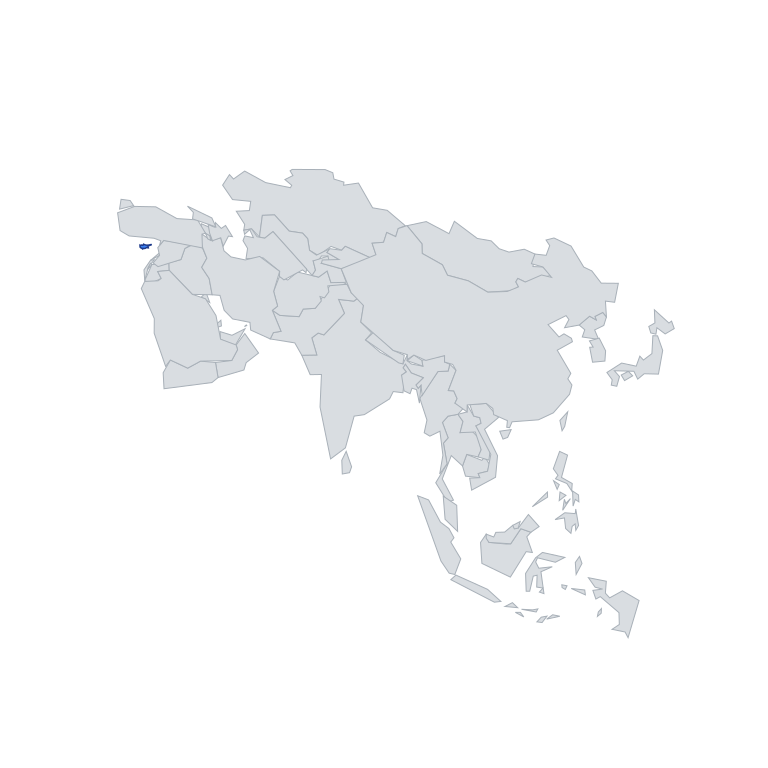 location of Cyprus within Asia, rotated 14°
{"feature_id": "CYP", "entity_name": "Cyprus", "entity_type": "country or territory", "adm_level": 0, "iso_a3": "CYP", "parent_name": "Asia", "parent_adm1": "", "projection": "robinson", "projection_center": [33.299, 35.116], "detail": "fine", "context": "in_parent", "style": "filled", "palette": "blue", "viewbox_px": 768, "rotation_deg": 14, "n_neighbors": 45, "source": "natural_earth", "source_scale": "50m", "svg_char_len": 13633}
<svg xmlns="http://www.w3.org/2000/svg" viewBox="0 0 768 768"><g transform="rotate(14 384 384)"><path d="M366.4,225.3L360.2,229.7L359.7,238.2L350.0,236.3L349.3,246.6L338.4,250.3L344.9,260.5L343.0,265.4L313.1,259.8L310.5,264.5L299.3,263.3L289.1,275.2L279.4,272.3L274.8,261.5L268.5,257.3L255.0,258.6L236.9,246.4L225.2,249.8L227.6,271.5L218.0,265.5L210.7,268.7L210.2,262.8L198.9,252.1L211.4,248.3L210.5,239.0L192.4,241.7L179.3,230.1L183.4,218.2L188.4,221.5L197.3,211.1L220.4,217.2L245.7,216.2L246.4,213.5L238.4,209.6L245.2,203.8L241.3,199.9L243.0,198.0L275.0,190.2L283.2,191.4L285.9,197.3L296.3,197.8L296.7,200.9L310.6,195.2L330.3,215.8L345.1,214.7L366.4,225.3Z" fill="#d9dde1" stroke="#a8b0b8" stroke-width="1"/><path d="M227.6,271.5L225.2,249.8L236.9,246.4L255.0,258.6L268.5,257.3L274.8,261.5L279.4,272.3L287.3,275.3L298.7,265.8L296.8,270.2L310.2,274.1L304.8,278.3L299.0,277.9L298.6,273.5L292.4,274.9L289.6,281.9L285.5,281.7L290.0,290.1L288.0,296.1L239.4,263.0L233.0,271.4L227.6,271.5Z" fill="#d9dde1" stroke="#a8b0b8" stroke-width="1"/><path d="M683.9,532.4L682.2,571.1L677.9,566.3L664.6,566.9L670.5,560.4L667.3,549.0L645.3,538.0L641.6,541.4L636.6,533.7L645.7,530.1L638.0,530.1L629.2,522.5L647.4,521.6L649.4,533.4L654.7,536.9L665.4,527.0L683.9,532.4ZM598.3,569.8L595.1,577.2L589.9,577.8L593.0,572.2L598.3,569.8ZM647.3,557.9L647.1,553.4L649.3,549.3L650.2,553.9L647.3,557.9ZM562.4,492.3L559.5,497.7L568.7,511.6L562.5,512.3L553.3,540.8L522.4,534.4L516.0,514.4L519.5,505.0L524.1,512.3L541.4,509.7L545.6,508.4L551.8,491.3L562.4,492.3ZM615.1,537.1L628.6,535.3L630.4,539.9L615.1,537.1ZM609.6,539.5L606.0,538.4L605.1,535.8L610.4,535.5L609.6,539.5ZM615.4,504.0L619.5,510.2L616.5,522.3L612.8,510.9L615.4,504.0ZM578.5,509.1L601.4,508.5L593.4,515.5L575.0,515.5L574.2,520.0L578.8,525.3L591.5,520.6L581.7,528.2L589.9,548.7L585.1,548.3L587.7,543.5L581.3,544.1L578.8,532.5L575.3,534.3L575.5,549.8L572.1,550.7L567.2,533.6L573.1,516.0L578.5,509.1ZM576.0,576.2L566.7,573.8L571.6,572.6L576.0,576.2ZM571.9,569.3L582.9,567.2L587.7,565.0L586.8,568.4L571.9,569.3ZM561.5,565.1L567.8,568.7L555.2,570.6L561.5,565.1ZM500.0,552.0L534.2,558.2L550.0,566.7L543.9,569.0L496.2,557.7L500.0,552.0ZM487.0,521.2L500.8,535.1L498.8,551.7L493.0,551.8L482.1,542.0L443.7,484.3L455.3,485.7L472.2,504.4L482.0,508.6L489.1,516.3L487.0,521.2Z" fill="#d9dde1" stroke="#a8b0b8" stroke-width="1"/><path d="M598.7,572.8L603.5,567.1L610.8,566.8L598.7,572.8Z" fill="#d9dde1" stroke="#a8b0b8" stroke-width="1"/><path d="M131.2,319.0L127.0,327.4L126.8,341.5L123.5,331.3L127.6,320.2L131.2,319.0Z" fill="#d9dde1" stroke="#a8b0b8" stroke-width="1"/><path d="M135.1,313.5L127.8,320.2L134.3,311.2L135.1,313.5Z" fill="#d9dde1" stroke="#a8b0b8" stroke-width="1"/><path d="M129.9,324.3L126.8,330.5L128.1,323.5L129.9,324.3Z" fill="#d9dde1" stroke="#a8b0b8" stroke-width="1"/><path d="M129.9,324.3L146.0,318.4L148.1,325.7L137.2,329.6L142.3,335.5L132.6,343.3L126.8,341.5L129.9,324.3Z" fill="#d9dde1" stroke="#a8b0b8" stroke-width="1"/><path d="M212.2,372.8L224.7,373.5L235.8,364.0L230.1,383.1L214.6,380.1L212.2,372.8Z" fill="#d9dde1" stroke="#a8b0b8" stroke-width="1"/><path d="M208.2,369.7L207.7,365.4L210.3,361.6L212.2,367.0L208.2,369.7Z" fill="#d9dde1" stroke="#a8b0b8" stroke-width="1"/><path d="M189.2,338.2L195.2,347.1L185.7,343.9L189.2,338.2Z" fill="#d9dde1" stroke="#a8b0b8" stroke-width="1"/><path d="M148.1,325.7L146.0,318.4L156.9,312.3L158.0,300.7L165.1,294.7L174.9,295.9L181.7,304.8L178.9,314.9L188.8,323.9L195.7,339.0L176.3,343.4L148.1,325.7Z" fill="#d9dde1" stroke="#a8b0b8" stroke-width="1"/><path d="M231.1,381.9L236.7,368.7L254.8,384.3L245.1,396.6L244.7,404.3L221.4,417.9L215.3,403.9L230.6,398.0L233.6,386.1L231.1,381.9ZM236.7,360.5L234.7,362.0L236.1,360.0L236.7,360.5Z" fill="#d9dde1" stroke="#a8b0b8" stroke-width="1"/><path d="M480.0,444.5L481.3,432.3L497.4,434.4L499.5,430.3L505.7,436.4L505.6,443.6L497.1,448.1L499.7,451.7L485.4,453.7L480.0,444.5Z" fill="#d9dde1" stroke="#a8b0b8" stroke-width="1"/><path d="M492.9,432.0L481.3,432.3L480.0,444.5L466.6,437.2L463.5,462.0L479.5,479.9L474.4,483.1L458.1,467.3L464.5,446.2L456.0,427.0L459.2,420.7L450.0,407.2L453.9,399.7L463.1,395.5L469.7,401.2L469.6,412.8L480.2,408.0L488.6,413.3L494.2,424.3L492.9,432.0Z" fill="#d9dde1" stroke="#a8b0b8" stroke-width="1"/><path d="M504.2,432.5L492.9,432.0L494.2,424.3L484.2,408.5L469.6,412.8L469.7,401.2L463.1,395.5L471.3,391.0L469.8,384.2L478.8,393.4L485.1,393.5L487.7,398.7L483.3,402.4L503.0,422.3L504.2,432.5Z" fill="#d9dde1" stroke="#a8b0b8" stroke-width="1"/><path d="M463.1,395.5L453.9,399.7L450.0,407.2L459.2,420.7L456.0,427.0L464.5,446.2L459.8,457.9L458.4,438.9L449.7,416.3L441.1,423.5L434.8,421.6L434.4,408.6L422.2,389.2L433.3,358.9L443.1,355.9L443.0,348.9L450.6,353.3L448.0,374.8L453.3,373.8L458.5,380.5L457.5,385.4L467.5,387.0L463.1,395.5Z" fill="#d9dde1" stroke="#a8b0b8" stroke-width="1"/><path d="M489.9,454.6L499.7,451.7L497.1,448.1L505.6,443.6L504.7,426.5L483.3,402.4L487.7,398.7L485.1,393.5L478.8,393.4L472.3,383.3L487.9,378.1L503.2,388.8L492.5,403.6L511.5,426.1L514.8,447.5L494.7,465.8L489.9,454.6Z" fill="#d9dde1" stroke="#a8b0b8" stroke-width="1"/><path d="M583.6,265.1L583.1,274.0L575.3,280.6L581.5,288.8L565.0,290.4L565.7,282.8L559.1,279.6L561.5,275.8L567.1,268.5L574.4,270.5L572.3,267.4L579.0,261.6L583.6,265.1Z" fill="#d9dde1" stroke="#a8b0b8" stroke-width="1"/><path d="M572.9,292.5L581.7,287.4L591.0,298.2L592.8,308.3L581.1,312.4L574.7,298.6L578.0,297.6L572.9,292.5Z" fill="#d9dde1" stroke="#a8b0b8" stroke-width="1"/><path d="M368.0,224.8L385.7,216.2L410.7,222.4L412.9,209.1L439.3,220.2L453.4,219.2L463.0,224.9L473.3,225.8L487.5,219.3L499.0,221.4L500.1,234.0L509.9,232.0L520.4,237.9L496.4,250.9L488.3,249.2L487.2,253.0L491.0,257.2L486.0,262.3L462.5,269.8L440.8,263.5L419.3,263.1L411.8,254.2L389.5,248.1L386.9,238.8L368.0,224.8Z" fill="#d9dde1" stroke="#a8b0b8" stroke-width="1"/><path d="M443.0,348.9L443.1,355.9L433.3,358.9L423.8,385.9L420.2,376.4L418.3,380.2L415.2,377.2L420.6,368.4L407.8,366.7L400.0,359.7L398.7,363.7L402.8,366.8L398.9,371.2L402.2,372.8L404.5,387.9L394.8,389.1L393.0,397.1L372.3,418.5L362.8,422.4L362.0,455.3L350.3,469.6L327.5,421.8L321.0,389.9L310.1,392.8L297.3,376.0L311.8,372.1L302.8,356.7L307.8,350.5L313.8,350.9L328.5,325.0L319.4,312.9L334.7,310.9L338.7,305.9L345.1,312.8L346.5,329.5L359.6,337.4L355.4,345.7L372.6,354.2L397.5,359.9L399.6,349.9L400.9,355.8L405.8,358.0L417.4,357.3L414.9,351.8L435.9,341.8L437.4,348.0L443.0,348.9Z" fill="#d9dde1" stroke="#a8b0b8" stroke-width="1"/><path d="M420.2,376.4L423.0,394.0L416.9,381.6L412.2,381.3L411.6,387.1L405.1,385.8L398.9,371.2L402.8,366.8L398.7,363.7L400.0,359.7L407.8,366.7L420.6,368.4L415.2,377.2L418.3,380.2L420.2,376.4Z" fill="#d9dde1" stroke="#a8b0b8" stroke-width="1"/><path d="M414.9,351.8L417.4,357.3L400.9,355.8L406.0,348.7L414.9,351.8Z" fill="#d9dde1" stroke="#a8b0b8" stroke-width="1"/><path d="M396.7,351.2L397.5,359.9L393.2,360.0L355.4,345.7L361.5,336.0L384.8,349.2L396.7,351.2Z" fill="#d9dde1" stroke="#a8b0b8" stroke-width="1"/><path d="M338.7,305.9L334.7,310.9L319.4,312.9L328.5,325.0L313.8,350.9L307.8,350.5L302.8,356.7L311.8,372.1L297.3,376.0L287.5,365.7L262.7,367.8L264.2,360.9L271.3,357.8L257.8,339.5L266.4,342.6L285.3,339.2L287.5,330.8L299.0,327.2L308.2,299.9L323.9,296.2L330.2,303.5L338.7,305.9Z" fill="#d9dde1" stroke="#a8b0b8" stroke-width="1"/><path d="M272.9,296.3L294.7,296.1L301.5,288.1L308.0,298.5L314.3,294.0L323.9,296.2L305.7,302.4L308.2,307.9L305.4,314.8L300.7,314.6L303.1,318.6L299.0,327.2L287.5,330.8L285.3,339.2L266.4,342.6L257.8,339.5L261.9,334.2L254.5,320.8L256.5,304.9L265.4,306.4L272.9,296.3Z" fill="#d9dde1" stroke="#a8b0b8" stroke-width="1"/><path d="M288.0,296.1L290.0,290.1L285.5,281.7L298.6,273.5L301.0,277.7L294.1,282.0L314.6,282.5L322.8,294.5L308.0,298.5L301.5,288.1L294.7,296.1L288.0,296.1Z" fill="#d9dde1" stroke="#a8b0b8" stroke-width="1"/><path d="M298.7,265.8L310.5,264.5L313.1,259.8L343.0,265.4L314.6,282.5L294.1,282.0L294.1,278.6L310.2,274.1L296.8,270.2L298.7,265.8Z" fill="#d9dde1" stroke="#a8b0b8" stroke-width="1"/><path d="M210.7,268.7L218.0,265.5L225.2,271.8L233.0,271.4L239.4,263.0L281.1,291.2L281.4,294.8L277.4,293.0L261.7,307.2L256.5,304.9L255.5,300.0L236.0,290.8L219.8,295.8L218.8,285.4L212.5,279.0L213.1,274.0L221.9,273.6L216.4,266.7L212.5,272.5L210.7,268.7Z" fill="#d9dde1" stroke="#a8b0b8" stroke-width="1"/><path d="M195.7,339.0L188.8,323.9L178.9,314.9L181.7,304.8L172.0,291.2L171.1,282.6L181.2,286.6L190.2,281.6L196.5,293.5L204.8,297.7L219.4,297.2L232.5,290.3L255.5,300.0L254.5,320.8L261.9,334.2L257.8,339.5L271.3,357.8L264.2,360.9L262.7,367.8L241.6,363.9L239.0,356.6L221.4,357.5L211.1,351.2L203.4,337.7L195.7,339.0Z" fill="#d9dde1" stroke="#a8b0b8" stroke-width="1"/><path d="M130.7,322.4L135.1,313.5L131.5,306.4L135.5,298.0L163.0,295.6L158.0,300.7L156.9,312.3L136.3,324.8L130.7,322.4Z" fill="#d9dde1" stroke="#a8b0b8" stroke-width="1"/><path d="M182.9,286.5L168.7,277.7L168.1,272.7L177.7,274.4L182.9,286.5Z" fill="#d9dde1" stroke="#a8b0b8" stroke-width="1"/><path d="M174.9,295.9L135.5,298.0L132.7,303.9L132.7,299.0L125.6,298.2L100.9,302.0L90.8,299.0L84.1,282.3L99.1,272.0L119.7,267.3L143.0,273.6L163.4,269.9L174.4,280.9L171.1,282.6L174.9,295.9ZM84.2,268.4L93.3,267.4L97.9,271.5L85.1,278.3L84.2,268.4Z" fill="#d9dde1" stroke="#a8b0b8" stroke-width="1"/><path d="M372.6,472.2L372.0,478.4L365.3,481.4L361.5,468.2L363.6,458.5L372.6,472.2Z" fill="#d9dde1" stroke="#a8b0b8" stroke-width="1"/><path d="M512.8,408.7L507.7,401.8L518.4,397.5L516.9,405.9L512.8,408.7ZM314.6,282.5L344.9,260.5L338.4,250.3L349.3,246.6L350.0,236.3L359.7,238.2L360.2,229.7L368.0,224.8L386.9,238.8L389.5,248.1L411.8,254.2L419.3,263.1L440.8,263.5L462.5,269.8L481.2,264.4L491.0,257.2L487.2,253.0L488.3,249.2L496.4,250.9L510.5,240.1L520.8,240.0L509.9,232.0L497.9,231.6L499.0,221.4L510.2,219.9L511.3,209.6L506.4,205.1L513.6,201.2L532.1,204.9L549.5,222.2L558.3,224.0L570.4,233.6L587.0,229.6L588.0,248.9L578.8,250.0L583.6,265.1L579.0,261.6L572.3,267.4L574.4,270.5L567.1,268.5L559.1,279.6L545.6,285.7L547.8,276.7L544.1,273.6L528.8,286.7L542.4,296.0L546.5,291.8L554.8,294.3L556.6,297.4L543.9,309.3L562.7,328.5L561.1,334.5L566.6,339.5L566.5,349.1L555.3,371.0L542.5,381.4L517.4,389.7L516.4,396.0L513.6,396.3L512.6,389.7L497.8,387.2L495.5,381.4L487.9,378.1L469.8,384.2L471.3,391.0L457.5,385.4L458.5,380.5L453.3,373.8L448.0,374.8L450.6,353.3L445.9,348.4L437.4,348.0L435.9,341.8L418.9,351.0L406.0,348.7L400.6,354.6L399.6,349.9L384.8,349.2L346.5,329.5L345.1,312.8L330.2,303.5L314.6,282.5Z" fill="#d9dde1" stroke="#a8b0b8" stroke-width="1"/><path d="M569.0,366.5L569.6,381.4L568.1,386.3L563.5,376.8L569.0,366.5Z" fill="#d9dde1" stroke="#a8b0b8" stroke-width="1"/><path d="M181.4,268.2L188.5,272.4L191.9,268.5L201.3,277.7L197.3,278.1L194.7,289.1L190.2,281.6L182.9,286.5L178.3,279.8L174.8,271.8L182.2,272.9L181.4,268.2ZM181.2,286.6L177.8,285.8L174.4,280.9L179.0,282.3L181.2,286.6Z" fill="#d9dde1" stroke="#a8b0b8" stroke-width="1"/><path d="M150.3,259.0L176.8,264.5L182.8,272.2L158.3,270.1L157.5,263.6L150.3,259.0Z" fill="#d9dde1" stroke="#a8b0b8" stroke-width="1"/><path d="M577.5,444.3L571.9,436.8L578.4,439.2L577.5,444.3ZM587.9,463.3L586.9,452.2L589.3,455.9L592.6,450.1L587.9,463.3ZM600.3,458.9L607.0,474.2L605.5,479.6L603.3,473.5L601.0,476.6L601.5,483.7L595.2,480.3L591.5,470.3L582.8,474.2L590.6,465.2L600.9,463.5L600.3,458.9ZM570.1,454.2L557.6,467.2L568.7,449.3L570.1,454.2ZM579.3,408.6L578.8,431.7L590.7,435.0L592.0,442.4L585.5,436.3L573.3,434.5L574.9,430.5L568.8,425.3L570.7,406.9L579.3,408.6ZM582.2,454.8L580.9,446.2L587.5,448.0L582.2,454.8ZM599.6,444.6L601.6,451.2L597.5,449.7L597.0,456.7L592.9,442.2L599.6,444.6Z" fill="#d9dde1" stroke="#a8b0b8" stroke-width="1"/><path d="M468.6,478.5L483.9,484.1L491.1,509.2L476.0,500.5L468.6,478.5ZM562.4,492.3L551.8,491.3L545.6,508.4L524.1,512.3L520.5,509.0L519.5,505.0L527.5,505.9L528.4,500.9L536.9,498.5L543.1,490.0L549.1,491.3L555.7,475.7L569.0,484.8L562.4,492.3Z" fill="#d9dde1" stroke="#a8b0b8" stroke-width="1"/><path d="M549.4,484.5L549.1,491.3L545.5,493.1L543.1,490.0L549.4,484.5Z" fill="#d9dde1" stroke="#a8b0b8" stroke-width="1"/><path d="M646.3,284.0L647.9,308.0L634.0,311.1L629.0,317.9L623.4,311.2L604.3,315.4L610.7,319.8L610.4,329.9L604.8,330.1L604.4,324.7L597.5,318.9L609.5,306.2L624.4,305.7L625.5,295.1L629.9,298.0L636.6,289.7L633.2,272.1L637.8,271.1L646.3,284.0ZM645.7,255.9L647.8,253.4L652.2,260.0L644.7,267.4L635.2,263.4L635.8,269.9L630.5,269.9L627.0,264.1L632.1,259.2L628.4,246.6L645.7,255.9ZM612.0,317.9L618.0,312.6L623.3,315.9L616.6,322.5L612.0,317.9Z" fill="#d9dde1" stroke="#a8b0b8" stroke-width="1"/><path d="M215.3,403.9L221.4,417.9L216.7,424.2L171.7,441.8L167.0,426.5L170.9,412.4L189.7,416.1L200.4,406.2L215.3,403.9Z" fill="#d9dde1" stroke="#a8b0b8" stroke-width="1"/><path d="M127.0,342.4L139.8,338.5L142.3,335.5L137.2,329.6L148.1,325.7L176.3,343.4L190.2,344.5L204.4,358.2L214.6,380.1L231.1,381.9L233.6,386.1L230.6,398.0L200.4,406.2L189.7,416.1L170.9,412.4L167.8,419.7L148.7,390.3L145.3,376.1L125.4,350.1L127.0,342.4Z" fill="#d9dde1" stroke="#a8b0b8" stroke-width="1"/><path d="M122.2,308.5L122.4,308.9L121.8,309.0L121.2,309.0L120.9,309.0L120.6,309.0L119.7,310.0L119.2,310.3L118.6,310.5L118.0,310.6L117.7,310.6L117.3,311.0L117.2,311.4L116.9,311.3L116.7,311.0L116.5,310.8L115.9,310.9L115.6,310.9L114.7,310.5L114.4,310.4L114.3,310.1L113.8,309.1L113.7,308.3L114.2,308.5L114.6,308.3L115.0,307.9L115.4,307.7L115.7,307.8L116.0,307.9L116.6,307.7L116.8,307.2L116.9,306.5L117.8,306.7L118.7,306.8L119.4,306.8L120.2,306.7L122.4,306.0L123.1,305.6L123.5,305.4L124.1,305.1L124.9,304.9L124.4,305.3L121.8,307.1L121.7,307.6L121.8,308.0L122.1,308.4L122.2,308.5Z" fill="#3b82f6" stroke="#1e3a8a" stroke-width="1.5"/></g></svg>